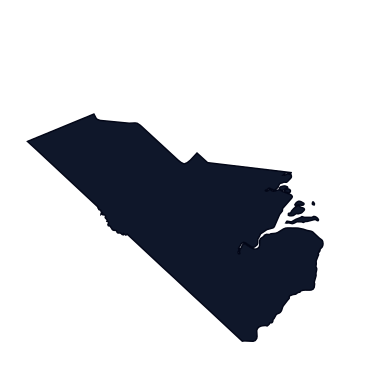 the border of Western, rotated 313°
{"feature_id": "PNG-1248", "entity_name": "Western", "entity_type": "Province", "adm_level": 1, "iso_a3": "PNG", "parent_name": "Papua New Guinea", "parent_adm1": "", "projection": "equal_earth", "projection_center": [142.614, -7.162], "detail": "fine", "context": "isolated", "style": "filled", "palette": "ink", "viewbox_px": 384, "rotation_deg": 313, "n_neighbors": 0, "source": "natural_earth", "source_scale": "10m", "svg_char_len": 5444}
<svg xmlns="http://www.w3.org/2000/svg" viewBox="0 0 384 384"><g transform="rotate(313 192 192)"><path d="M115.7,140.2L115.5,139.3L115.8,138.7L116.2,138.2L116.4,137.5L116.3,137.1L115.8,136.5L115.7,136.1L115.7,135.8L116.0,135.7L116.2,134.2L116.7,133.4L116.9,133.3L116.9,125.8L116.9,109.6L116.9,95.6L116.9,82.4L116.9,64.0L116.9,61.1L116.9,52.2L116.8,38.2L116.8,37.2L118.4,37.9L182.1,67.1L180.5,71.7L180.5,73.2L181.7,76.0L199.5,99.2L203.7,103.3L204.9,105.1L205.5,108.8L205.8,160.1L206.1,163.8L207.1,167.1L210.1,168.5L214.1,169.1L223.9,169.1L224.1,183.4L273.8,251.3L273.7,251.4L272.7,251.1L271.9,249.9L271.2,248.5L270.4,247.6L269.5,247.3L266.5,247.1L266.8,247.4L267.2,248.2L267.5,248.5L268.0,248.7L268.9,248.9L269.3,249.0L270.3,249.7L272.3,252.4L271.4,253.9L270.5,254.6L269.4,254.8L264.5,254.7L263.5,254.4L263.1,254.0L262.2,252.9L261.7,252.4L259.9,251.6L259.4,251.2L258.4,250.6L257.1,250.6L253.7,251.7L250.7,251.4L249.8,251.1L249.2,250.2L248.3,247.6L247.7,246.1L246.9,245.4L245.9,245.2L244.5,245.2L244.4,245.0L243.8,244.7L243.2,244.5L242.9,244.9L243.1,245.5L243.4,246.0L243.8,246.4L244.4,246.6L246.5,246.9L247.1,247.5L247.3,249.3L247.7,250.6L248.6,251.6L252.9,254.1L253.6,255.1L254.1,257.9L257.1,265.1L257.5,266.9L257.2,268.3L256.3,268.9L255.2,269.1L241.8,269.5L241.3,269.8L239.8,271.0L235.3,271.4L222.9,275.8L221.7,275.9L220.8,275.6L215.6,272.4L208.9,270.9L208.7,270.9L208.1,270.5L207.3,271.0L204.6,271.8L203.6,271.9L202.4,272.3L199.5,274.9L198.3,275.5L197.3,275.6L194.9,275.3L193.8,274.9L193.0,274.0L192.5,272.7L191.3,265.6L190.2,263.8L187.9,263.2L184.9,264.0L183.0,264.2L182.6,264.4L182.3,264.7L181.9,265.4L181.3,266.0L180.8,266.2L180.2,266.3L179.6,266.6L178.9,267.3L178.6,268.0L178.8,268.6L179.6,269.0L180.8,267.5L181.5,266.9L182.3,266.6L182.7,266.4L183.0,266.0L183.4,265.7L184.2,266.1L184.9,266.1L187.1,265.2L188.6,265.0L189.8,265.3L190.4,266.8L190.5,268.4L192.1,275.2L193.3,277.2L195.0,278.4L197.3,278.7L199.1,277.9L202.6,274.7L204.5,273.9L208.7,274.8L209.6,274.4L211.8,275.3L213.6,277.5L214.1,277.8L215.3,278.2L218.7,281.2L220.7,282.3L227.3,284.1L229.4,285.1L230.9,286.4L237.8,294.0L240.7,298.7L242.3,302.2L244.3,305.4L244.8,306.5L245.1,307.5L245.1,316.7L245.4,319.0L245.4,320.3L244.9,321.4L243.6,323.0L243.0,323.5L242.1,324.1L240.6,324.7L237.6,324.7L236.0,325.1L236.4,325.5L235.8,325.8L234.7,325.9L233.9,326.1L233.4,326.0L233.1,326.0L233.0,326.3L232.8,326.8L232.5,327.3L232.2,327.5L231.4,327.7L226.7,329.6L225.8,330.2L224.5,331.6L223.3,332.6L222.8,332.8L222.2,333.2L221.7,334.0L221.3,335.0L220.8,335.7L219.7,336.5L217.3,337.9L215.4,339.8L209.8,342.7L208.9,343.4L208.5,344.3L205.6,346.4L203.5,346.8L201.6,346.0L200.1,344.6L197.5,341.7L195.7,340.1L193.8,339.0L192.3,339.2L190.9,338.2L190.1,337.9L188.8,337.7L188.0,337.5L185.7,335.7L183.0,334.4L182.3,334.3L181.7,334.5L180.7,335.5L180.1,335.7L178.3,335.7L170.9,336.4L169.8,336.7L166.6,338.2L165.5,338.5L164.2,338.6L163.1,338.4L160.9,337.4L159.7,337.2L155.3,338.3L153.9,338.2L153.5,338.6L152.8,339.1L151.9,339.5L151.2,339.6L150.4,339.2L149.7,338.5L149.0,338.1L148.1,338.6L147.5,338.5L146.4,338.5L145.3,338.3L144.5,336.8L142.3,334.8L140.7,333.7L138.7,333.0L136.7,333.0L134.8,333.8L130.7,338.1L129.0,339.2L126.5,339.5L124.5,338.5L118.8,331.8L117.2,330.5L117.2,322.3L117.2,308.6L117.2,295.3L117.2,282.8L117.1,264.0L117.1,252.0L117.1,249.2L117.1,235.7L117.0,222.5L117.0,203.7L117.0,200.8L117.0,191.9L117.0,181.0L117.0,173.3L116.2,173.4L115.2,172.7L115.0,170.4L113.8,170.9L113.3,169.9L113.3,168.4L113.0,167.3L112.0,166.3L111.5,165.7L111.4,164.9L111.5,164.6L112.0,163.6L112.1,163.2L111.8,162.3L110.7,161.0L110.3,160.2L110.2,159.5L110.3,158.9L110.6,158.0L111.1,155.7L111.0,154.4L110.3,153.9L110.7,152.8L111.5,152.4L112.4,152.2L113.1,151.4L113.1,150.9L112.7,150.3L112.5,149.7L113.0,149.5L113.4,149.4L113.7,149.2L113.8,148.8L113.9,147.0L114.0,146.2L114.4,145.7L115.2,145.6L115.5,145.0L115.7,143.7L115.4,142.6L114.6,142.6L114.6,141.8L114.5,141.1L114.1,140.8L113.5,140.7L114.0,140.3L114.5,140.2L115.1,140.1L115.7,140.2ZM256.1,297.3L257.2,297.7L258.0,298.9L258.4,300.5L258.4,302.1L257.9,303.5L257.2,303.8L256.5,303.2L256.3,301.9L255.9,300.9L255.1,300.2L249.0,296.3L247.8,295.1L247.2,294.7L246.4,294.5L245.7,294.2L245.4,293.6L245.1,292.7L241.8,289.0L238.8,287.9L237.4,287.1L236.9,286.4L235.6,284.1L235.0,283.4L233.9,282.5L233.4,281.7L234.2,281.6L234.9,281.3L235.5,281.4L237.5,284.4L238.3,285.2L242.9,286.6L247.4,288.8L248.5,289.0L249.0,289.2L249.4,289.9L249.9,291.2L255.0,296.8L256.1,297.3ZM244.0,282.2L242.9,281.4L241.4,279.9L240.7,278.4L241.8,277.3L242.5,277.3L242.9,277.6L243.3,278.0L243.7,278.3L244.3,278.3L246.0,277.8L249.5,277.7L254.3,278.5L254.8,279.0L254.9,280.8L255.0,281.8L255.9,283.7L256.3,284.8L256.2,285.7L255.7,286.3L254.7,286.5L252.0,286.4L250.9,286.1L248.4,284.5L247.5,283.1L246.3,282.7L244.0,282.2ZM259.6,279.7L259.7,280.3L260.0,281.2L259.8,281.9L259.2,282.3L258.2,282.2L257.0,281.2L255.1,278.3L252.5,276.8L253.0,275.8L255.6,275.5L257.7,276.1L258.7,277.1L259.3,278.4L259.6,279.7ZM259.7,255.7L260.2,256.6L260.8,258.3L260.4,259.0L259.7,258.5L258.2,257.9L256.0,257.7L254.7,256.8L254.3,255.5L253.8,254.0L254.5,253.2L256.3,253.3L258.6,254.7L259.7,255.7ZM259.0,259.7L259.9,260.5L260.4,261.6L260.3,262.8L259.2,263.8L257.5,263.6L256.4,261.8L255.6,259.8L256.4,258.6L257.8,258.9L258.5,259.3L259.0,259.7ZM267.0,287.1L267.4,287.4L267.4,288.1L266.9,289.6L266.0,290.2L265.3,289.4L265.2,288.4L265.8,287.7L266.4,287.5L266.7,287.2L267.0,287.1Z" fill="#0f172a" stroke="#020617" stroke-width="1.5"/></g></svg>